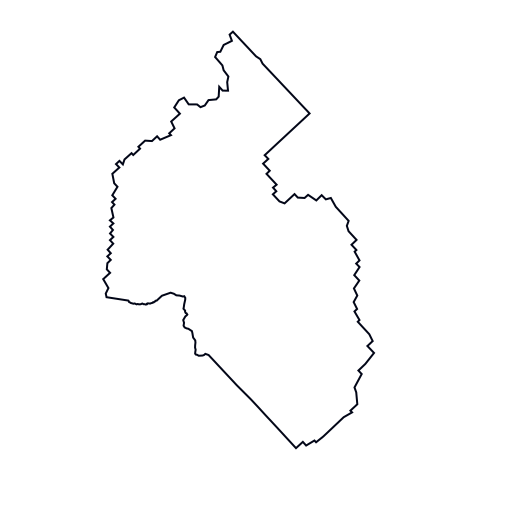 Plumas, California, United States of America, rotated 47°
{"feature_id": "52423323B49571098968478", "entity_name": "Plumas", "entity_type": "district", "adm_level": 2, "iso_a3": "USA", "parent_name": "United States of America", "parent_adm1": "California", "projection": "natural_earth1", "projection_center": [-120.915, 40.023], "detail": "fine", "context": "isolated", "style": "outline", "palette": "ink", "viewbox_px": 512, "rotation_deg": 47, "n_neighbors": 0, "source": "geoboundaries", "source_scale": "gbopen_adm2", "svg_char_len": 2767}
<svg xmlns="http://www.w3.org/2000/svg" viewBox="0 0 512 512"><g transform="rotate(47 256 256)"><path d="M91.6,214.5L100.0,214.6L99.8,226.3L107.1,228.5L107.1,235.8L109.6,235.8L105.6,246.8L101.0,246.7L101.0,253.7L96.0,258.4L95.9,267.5L98.4,267.6L98.4,276.9L95.9,276.9L95.7,286.3L98.2,290.9L93.3,291.0L93.3,295.7L98.1,295.6L97.9,305.0L106.1,310.1L110.9,310.1L113.6,319.7L118.4,319.7L118.4,324.5L121.9,324.5L122.3,329.1L130.6,334.0L130.3,338.5L134.9,338.1L134.9,342.8L139.4,342.9L140.0,347.4L144.8,347.3L144.8,352.0L149.6,352.0L150.2,360.2L154.9,360.3L154.9,365.0L159.8,364.9L159.9,369.6L164.0,374.2L168.8,374.2L168.7,383.5L178.8,385.8L181.0,391.5L184.2,393.4L201.5,379.8L201.9,379.8L203.1,380.2L204.1,379.8L205.0,379.6L206.1,378.9L207.3,378.2L208.0,377.1L209.0,376.7L209.9,376.3L210.4,375.3L211.6,374.5L212.6,373.3L213.2,371.6L214.7,371.0L215.3,370.3L216.4,369.7L216.9,368.7L216.5,368.3L216.7,367.6L217.3,367.0L218.6,365.9L219.0,364.8L219.5,364.0L219.7,363.3L219.6,362.9L219.8,362.6L220.0,362.7L220.2,362.2L220.1,361.8L220.4,360.9L220.2,360.0L220.9,359.1L220.9,351.9L224.6,343.5L227.6,341.8L230.4,341.1L232.8,338.9L235.8,337.1L236.5,335.9L238.4,336.3L239.7,337.6L242.3,341.4L244.1,343.6L245.1,345.0L247.6,345.1L248.4,345.9L249.8,346.3L250.6,345.9L252.0,346.2L252.1,347.1L252.0,348.9L253.2,352.9L255.8,354.2L257.6,356.5L259.6,356.9L261.5,356.2L263.1,355.1L267.2,354.1L269.0,355.1L271.1,356.5L272.8,357.6L276.3,358.0L278.1,359.4L279.7,361.3L281.4,363.0L283.4,364.1L284.9,366.0L285.9,367.1L287.1,367.2L288.0,366.5L289.9,365.9L292.4,362.9L293.0,361.4L293.0,359.8L296.1,358.2L300.4,358.2L310.4,358.2L319.6,358.2L324.9,358.2L337.5,358.2L357.6,357.5L369.5,357.5L379.0,357.6L394.0,357.6L409.1,357.7L423.8,357.8L423.9,348.5L428.8,348.6L430.8,339.1L433.2,339.1L433.9,329.9L433.7,301.8L435.9,292.4L433.5,292.4L433.5,283.0L424.1,275.7L419.3,273.6L414.4,259.2L409.6,259.2L409.5,249.7L407.4,235.8L397.8,235.9L397.8,228.7L390.5,226.5L373.5,226.4L373.4,224.0L363.7,221.8L363.7,218.2L356.3,216.0L354.0,208.9L346.5,206.5L344.4,197.2L337.0,197.2L334.7,187.8L329.9,187.9L329.8,183.3L320.1,180.9L320.1,178.5L312.9,178.5L312.8,171.5L301.0,171.4L295.9,169.0L293.5,164.3L274.4,164.1L264.6,161.7L262.2,166.3L256.3,166.5L256.5,174.0L246.8,176.2L246.7,180.9L241.8,185.6L237.0,185.6L237.0,199.2L232.1,201.6L222.4,201.6L222.5,197.0L217.6,196.9L217.9,192.3L203.1,192.3L203.0,187.8L193.3,187.8L193.4,180.8L188.2,180.9L188.3,119.6L119.8,120.0L115.0,118.6L110.0,119.8L76.2,119.9L76.1,124.3L82.2,126.9L79.6,135.7L82.3,142.8L80.4,145.3L82.6,150.2L93.7,150.6L98.1,153.0L105.9,153.8L109.2,158.5L116.0,163.7L112.3,167.6L107.2,167.5L114.0,174.6L114.3,178.3L109.6,184.4L111.0,190.8L109.3,195.1L105.0,195.7L99.2,201.8L91.1,200.6L89.5,206.2L91.6,214.5Z" fill="none" stroke="#020617" stroke-width="2"/></g></svg>